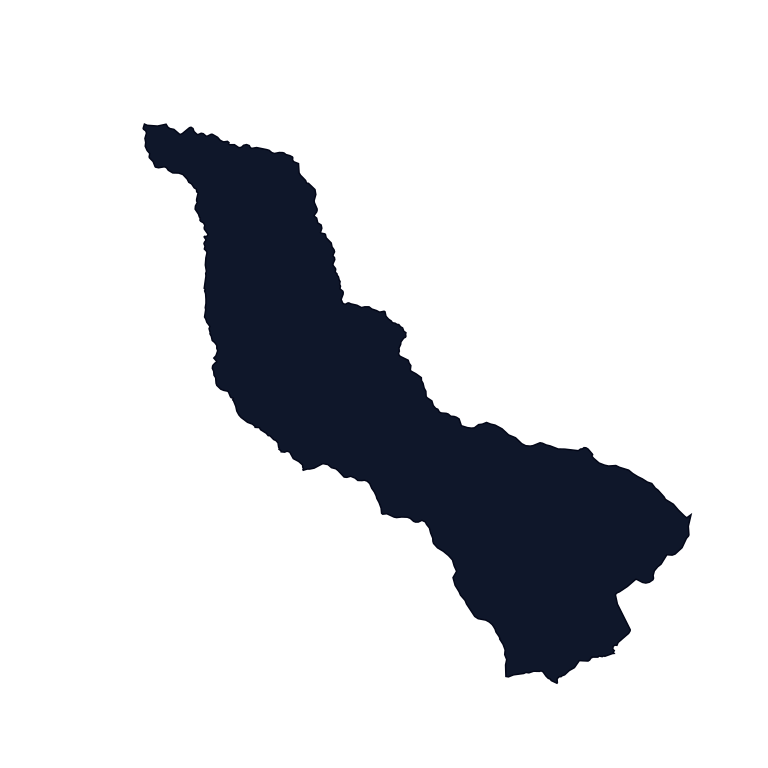 the district of Manaure Balcón Del Cesar, Cesar, Colombia, rotated 45°
{"feature_id": "7082276B80880832321074", "entity_name": "Manaure Balcón Del Cesar", "entity_type": "district", "adm_level": 2, "iso_a3": "COL", "parent_name": "Colombia", "parent_adm1": "Cesar", "projection": "mercator", "projection_center": [-73.004, 10.394], "detail": "fine", "context": "isolated", "style": "filled", "palette": "ink", "viewbox_px": 768, "rotation_deg": 45, "n_neighbors": 0, "source": "geoboundaries", "source_scale": "gbopen_adm2", "svg_char_len": 6122}
<svg xmlns="http://www.w3.org/2000/svg" viewBox="0 0 768 768"><g transform="rotate(45 384 384)"><path d="M30.8,369.6L32.9,373.5L33.8,373.9L36.5,373.5L38.6,374.5L41.3,379.4L44.7,381.7L47.0,384.7L51.4,386.4L55.4,386.7L57.3,389.4L58.1,389.9L63.5,390.0L68.5,392.2L69.3,392.1L71.7,390.5L74.9,386.0L76.0,385.2L77.6,384.9L80.4,385.4L85.4,384.1L89.6,380.1L93.6,378.1L100.0,378.3L103.3,379.4L106.4,378.6L111.1,379.5L113.0,379.0L113.9,379.1L115.7,380.6L117.0,380.3L117.6,380.6L120.9,385.9L122.1,387.1L123.6,387.6L124.8,391.5L126.8,393.9L132.8,395.1L135.4,396.5L136.3,396.4L138.2,398.4L139.5,398.5L142.5,397.7L145.1,398.5L146.3,400.6L147.4,401.5L153.9,402.6L154.3,405.1L152.7,406.5L152.8,407.2L155.7,407.8L156.5,408.5L156.8,410.8L157.5,412.1L160.1,413.2L161.5,415.6L164.3,415.6L166.0,416.3L168.8,420.7L173.5,426.2L178.7,429.9L179.7,431.9L181.7,433.5L189.2,443.5L190.8,443.5L191.3,445.0L194.0,446.3L198.1,449.9L201.1,452.9L203.6,456.4L205.4,457.6L209.7,463.5L212.0,464.1L215.0,465.6L220.2,466.4L221.2,468.6L224.5,470.4L225.5,471.6L228.2,472.4L231.8,474.7L234.8,474.4L237.7,474.8L238.8,475.2L240.5,477.0L242.9,478.1L245.2,482.9L245.3,486.0L249.4,486.3L250.1,486.8L249.7,488.6L249.8,491.4L250.1,492.5L251.5,494.3L254.5,495.4L257.6,498.0L260.5,498.6L264.7,502.2L266.8,503.2L272.2,503.1L275.1,501.9L278.6,499.6L279.9,499.7L284.4,501.6L285.6,501.7L287.2,500.8L287.8,500.9L288.2,502.2L289.3,502.2L295.0,504.6L299.0,507.2L303.3,508.5L306.6,508.7L314.6,507.6L319.4,505.4L322.6,505.2L323.5,505.8L326.8,502.9L329.0,503.6L335.6,502.1L338.6,502.4L340.0,501.2L345.3,501.3L347.6,500.4L350.7,500.6L354.2,503.2L355.6,503.6L355.8,504.4L358.4,504.1L359.2,504.7L362.0,502.4L362.9,500.1L365.5,498.8L372.6,500.9L378.5,499.1L383.6,498.8L385.4,500.3L386.9,500.8L387.2,501.9L387.9,502.1L389.8,498.5L391.6,496.7L394.1,492.9L396.8,484.2L397.4,483.3L401.4,480.6L406.0,480.3L409.9,478.0L412.8,477.7L421.6,478.0L423.7,476.3L425.7,472.8L430.0,471.0L433.7,470.7L436.7,467.9L438.2,465.9L440.8,464.6L444.3,464.5L449.1,466.4L453.6,467.2L457.5,468.6L459.9,470.0L464.3,471.3L469.7,473.8L473.7,477.1L475.1,477.0L477.8,473.7L485.2,471.0L487.3,469.6L490.6,465.5L494.7,461.7L497.6,460.4L502.0,460.2L504.0,459.3L505.9,457.3L507.2,453.6L510.7,452.3L513.4,453.2L517.9,453.7L522.4,456.4L527.4,458.5L529.9,460.7L531.8,461.7L537.7,462.0L544.0,460.4L550.8,459.7L556.8,460.0L562.2,463.0L567.8,465.1L569.7,472.1L576.7,476.1L584.0,477.8L587.4,479.2L594.4,479.7L597.9,481.2L612.5,484.2L616.5,483.4L622.9,479.0L626.6,477.9L630.5,477.6L632.8,478.0L635.9,478.8L638.6,480.2L644.0,481.2L646.0,482.0L646.1,482.5L652.3,483.9L657.7,486.4L660.7,490.0L665.6,492.1L668.6,496.7L677.0,504.6L679.1,503.1L681.3,498.0L687.5,489.9L688.3,487.6L690.7,485.8L692.9,481.3L697.1,477.3L698.0,475.7L700.0,475.1L705.1,476.0L708.3,476.0L709.9,475.2L712.1,475.4L717.9,473.3L717.8,472.6L715.1,470.3L714.8,468.8L715.0,466.8L716.1,465.9L716.3,464.2L717.4,461.9L717.6,455.7L719.2,449.9L717.7,441.5L724.2,435.6L724.6,433.8L724.1,431.4L724.5,430.5L724.1,430.1L728.4,425.8L728.4,424.3L731.1,422.5L731.7,420.8L732.7,420.4L736.2,413.0L737.2,411.8L735.8,411.6L735.4,409.7L733.2,409.7L731.5,407.4L731.9,405.4L733.5,404.1L732.3,401.2L733.3,387.2L732.6,384.5L731.8,383.6L704.7,374.6L696.5,369.3L696.5,366.7L697.4,364.6L699.3,355.0L700.1,344.1L701.0,343.4L707.1,341.5L709.9,339.6L711.8,336.5L712.6,332.3L711.9,330.7L709.7,329.1L707.3,325.0L706.8,319.8L707.3,315.5L704.9,305.3L704.9,304.6L708.8,301.2L710.1,298.4L710.5,289.0L707.0,279.3L706.8,276.2L706.3,275.1L699.8,269.4L693.5,259.3L692.7,264.5L690.3,264.9L681.2,265.0L673.6,264.4L664.6,266.6L661.9,265.8L652.7,265.3L649.5,265.8L643.7,265.0L639.6,267.1L633.7,268.4L629.1,270.0L623.2,271.4L617.9,271.9L609.4,276.4L605.6,277.7L600.8,283.2L597.3,285.4L591.9,287.8L584.6,288.3L582.5,288.1L581.7,287.6L581.6,286.5L580.8,286.2L574.2,285.7L571.9,286.3L570.4,287.6L570.2,289.5L568.9,291.1L568.7,293.3L568.1,294.1L557.9,302.2L553.1,306.8L545.2,310.3L541.8,312.4L538.0,313.8L535.9,315.2L532.9,322.3L531.3,324.5L527.9,327.4L523.6,328.8L515.0,329.0L508.1,331.9L499.2,332.2L491.6,334.5L487.8,336.9L483.7,338.7L481.9,342.9L479.6,345.8L478.9,351.1L477.0,353.4L473.9,355.8L468.2,358.8L461.8,355.6L458.7,356.3L456.5,357.4L454.0,359.6L450.7,359.8L448.8,360.7L445.1,363.9L443.1,364.7L439.9,363.8L437.7,364.7L434.1,364.4L429.8,362.1L424.4,363.2L422.7,363.1L418.7,359.5L415.3,358.5L411.1,355.9L408.1,355.1L405.9,353.1L399.7,354.1L393.8,355.8L392.5,355.2L390.0,352.0L387.1,351.5L384.3,350.1L375.8,353.0L374.1,352.9L372.5,351.9L371.7,350.0L369.2,348.0L367.8,344.2L366.2,342.2L365.5,337.6L366.1,335.7L365.7,334.7L364.3,333.7L363.2,332.2L360.8,332.7L357.5,331.2L355.2,331.8L352.4,331.5L351.0,332.7L348.9,333.1L346.7,334.7L344.5,334.3L341.4,334.9L337.5,334.7L333.6,332.2L332.6,332.5L330.1,336.3L326.7,337.4L322.3,339.6L318.9,340.0L315.9,342.9L314.0,345.9L309.2,347.4L303.8,350.8L301.8,351.5L301.0,352.5L300.4,354.8L298.8,355.9L297.3,355.9L293.9,354.5L291.6,349.4L290.3,348.0L289.3,347.5L285.9,347.8L285.1,347.3L284.1,345.6L282.1,344.8L280.4,342.5L278.9,342.2L275.9,340.4L274.0,340.2L272.8,339.3L270.5,339.4L268.7,337.0L267.9,336.6L264.0,336.1L262.9,335.0L261.3,330.9L259.5,329.6L257.8,329.6L256.8,328.9L255.6,325.5L253.7,324.4L250.3,323.8L247.0,321.6L239.7,321.5L236.7,319.6L235.8,319.8L232.8,321.8L231.9,321.7L229.9,317.8L227.1,316.0L223.2,316.9L219.1,314.3L216.0,314.6L215.4,314.1L214.7,309.9L214.0,308.6L212.9,307.5L206.4,304.9L204.9,303.7L201.8,298.2L197.7,295.3L188.7,295.5L187.2,296.7L184.6,295.5L177.3,295.4L174.6,294.7L167.7,288.6L163.4,290.5L162.3,290.6L160.8,290.1L159.5,288.5L158.7,288.2L155.9,289.1L152.4,291.1L150.1,291.3L148.8,292.0L146.3,294.3L143.5,298.5L141.1,299.7L137.5,300.0L135.3,301.2L126.7,306.9L123.8,311.0L122.2,311.3L120.1,310.7L117.5,311.9L115.9,314.5L115.8,317.4L114.3,319.5L109.1,320.5L105.6,324.0L104.4,324.2L103.7,322.9L101.7,323.1L99.4,326.2L97.5,327.0L95.5,327.5L91.9,327.2L86.1,328.8L85.2,329.6L83.9,333.5L83.0,334.5L79.2,334.8L77.4,336.0L76.4,338.6L75.5,339.7L71.1,339.8L68.3,338.4L66.0,338.9L65.2,340.3L64.3,349.7L63.3,351.9L55.4,352.5L51.9,354.8L49.5,355.2L46.2,354.4L41.5,361.7L33.6,368.5L30.8,369.6Z" fill="#0f172a" stroke="#020617" stroke-width="1.5"/></g></svg>